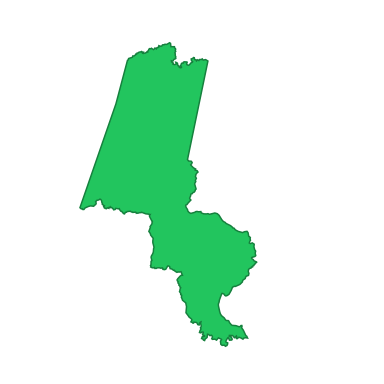 outline of Ricaurte, Nariño, Colombia, rotated 122°
{"feature_id": "7082276B47092068992796", "entity_name": "Ricaurte", "entity_type": "district", "adm_level": 2, "iso_a3": "COL", "parent_name": "Colombia", "parent_adm1": "Nariño", "projection": "albers", "projection_center": [-77.964, 1.247], "detail": "fine", "context": "isolated", "style": "filled", "palette": "green", "viewbox_px": 384, "rotation_deg": 122, "n_neighbors": 0, "source": "geoboundaries", "source_scale": "gbopen_adm2", "svg_char_len": 6011}
<svg xmlns="http://www.w3.org/2000/svg" viewBox="0 0 384 384"><g transform="rotate(122 192 192)"><path d="M264.7,278.7L265.0,276.9L264.3,276.2L264.7,275.3L264.1,274.4L262.1,274.2L258.9,272.0L257.5,270.6L256.2,267.8L254.9,267.7L253.9,267.1L252.8,267.1L252.1,267.5L251.3,268.6L250.8,268.6L250.3,268.3L249.5,268.3L248.2,266.9L246.8,266.3L246.7,265.4L247.3,264.1L248.8,262.7L249.0,262.1L249.9,261.7L250.0,260.4L250.5,259.8L250.2,259.1L251.2,259.1L251.3,258.2L251.8,258.1L251.7,257.6L252.0,257.1L251.5,255.7L250.3,255.4L249.9,253.8L249.1,254.2L248.8,253.7L247.9,253.5L248.4,252.8L247.8,252.2L248.0,250.3L248.6,248.9L247.5,247.9L246.3,248.0L245.3,245.6L244.6,244.8L245.2,244.3L246.0,242.2L245.7,241.4L246.6,238.6L246.3,237.6L244.6,237.7L243.8,236.8L243.0,236.7L240.9,234.0L241.1,232.9L240.6,232.0L240.7,231.4L239.0,229.2L239.0,228.6L239.5,228.0L239.0,227.7L238.8,226.8L237.0,225.2L236.6,224.3L235.9,224.0L235.0,219.6L233.6,216.7L233.9,216.2L233.4,215.6L234.3,215.6L235.2,215.1L237.5,211.3L237.9,210.1L238.6,210.1L239.2,209.4L240.6,209.1L243.6,209.2L244.3,208.5L248.3,207.7L249.4,205.2L250.4,204.3L251.9,200.3L254.1,199.4L255.8,198.3L259.0,194.9L260.3,194.6L263.4,193.0L265.2,192.6L268.1,192.5L269.2,192.0L271.4,189.7L272.4,190.0L275.3,188.3L276.4,188.2L276.6,187.5L277.5,187.3L277.5,186.4L277.0,184.8L275.9,183.8L276.5,183.0L275.6,181.7L275.0,181.5L274.4,180.8L273.6,179.6L273.2,178.2L272.1,176.9L272.2,176.3L272.7,176.2L273.0,175.6L272.3,174.0L271.3,173.3L267.7,173.4L267.2,173.0L267.1,171.5L268.6,169.9L268.0,168.5L268.2,166.1L267.7,165.5L268.2,164.4L268.1,162.2L267.3,161.6L266.6,160.3L265.4,159.1L267.7,156.0L268.2,156.9L269.6,157.5L273.1,158.1L274.4,158.1L275.1,157.4L275.4,156.2L276.5,155.8L277.1,154.1L278.0,153.7L278.2,152.5L279.1,151.6L279.2,150.8L280.7,150.7L281.8,150.1L283.1,149.8L284.0,147.7L285.0,147.2L285.1,146.0L287.1,145.1L287.6,144.1L288.8,142.7L289.3,138.6L292.1,135.9L297.6,133.1L299.1,129.2L299.5,128.7L300.0,125.2L300.5,124.3L302.7,124.1L302.5,122.8L302.7,121.6L302.3,121.2L301.3,121.4L300.3,119.2L300.5,118.1L301.4,116.9L301.0,115.5L299.0,116.2L297.8,115.9L297.4,115.6L298.7,115.2L300.8,113.1L301.8,112.8L302.7,112.9L303.4,111.8L305.4,111.7L307.2,111.2L306.8,109.8L305.6,109.5L304.9,108.3L305.2,107.9L307.3,107.5L307.6,106.7L307.2,105.4L307.5,104.9L308.0,105.0L309.3,106.6L311.2,106.2L310.9,105.0L311.5,103.8L311.3,102.6L309.6,102.9L307.4,102.1L304.4,103.5L304.1,102.5L304.3,100.6L303.2,99.8L303.2,99.1L304.1,97.8L306.0,97.5L306.1,96.5L304.7,94.7L304.6,92.7L301.7,92.3L301.3,89.0L301.5,88.7L303.5,88.8L305.9,86.8L306.1,85.2L304.8,83.5L305.1,81.9L303.6,81.0L302.1,81.2L301.0,81.8L301.3,83.3L301.0,84.0L299.8,84.4L296.5,84.4L296.3,84.2L296.4,83.8L297.8,81.7L296.5,79.9L295.8,79.8L295.0,80.5L294.2,82.0L294.5,84.0L293.8,84.3L292.2,81.5L293.1,78.9L290.5,78.0L290.9,77.5L292.5,77.1L292.6,76.1L290.3,75.2L289.9,73.4L289.8,70.8L288.4,70.6L287.2,69.4L286.4,67.5L285.3,69.1L285.2,70.3L281.9,75.4L281.1,77.4L280.6,78.1L279.4,78.4L278.8,79.0L279.3,79.7L280.5,79.9L281.3,80.6L282.1,84.0L283.8,87.3L283.8,88.2L282.9,91.0L281.9,92.4L281.9,93.3L282.7,94.6L282.7,95.8L281.7,97.9L281.2,101.5L280.3,103.3L279.0,104.9L274.6,109.2L273.0,110.3L271.0,110.7L269.1,111.5L262.5,112.9L262.0,112.8L261.6,110.8L262.3,109.4L262.2,108.2L261.0,107.2L259.1,106.4L254.7,106.6L251.4,107.2L249.7,106.3L249.0,105.1L245.0,102.4L241.6,101.6L240.3,102.1L239.5,102.0L237.2,101.0L235.8,101.4L234.7,101.4L232.8,99.9L230.8,100.6L229.8,102.0L227.7,103.0L226.3,102.6L225.1,101.6L224.0,101.8L223.5,100.9L222.3,101.2L221.6,100.6L220.9,100.8L219.6,100.4L219.0,100.6L217.4,99.9L217.1,100.2L217.5,103.0L216.9,104.1L216.9,105.6L216.4,106.5L215.7,106.5L213.4,104.5L212.2,104.2L210.4,106.0L208.4,106.7L207.7,108.3L205.7,110.4L203.3,111.6L203.2,113.9L204.9,115.2L204.9,116.4L203.2,116.9L202.0,116.8L200.8,118.0L199.8,118.3L199.5,119.1L199.5,120.4L196.8,122.9L196.2,124.5L197.9,126.5L199.6,127.6L200.9,132.0L201.1,134.9L201.0,135.8L200.4,136.8L200.8,138.3L200.5,138.7L200.1,141.4L200.6,146.4L200.2,147.9L200.4,149.7L199.7,152.1L197.4,156.7L197.0,159.1L197.7,161.5L201.7,165.4L201.9,167.0L203.0,168.2L204.3,170.5L204.8,173.1L203.9,174.1L205.4,176.1L205.7,177.2L206.4,178.2L208.0,179.1L210.8,181.7L210.9,183.6L210.4,185.4L209.2,186.6L208.3,188.6L207.1,190.1L206.4,190.3L205.3,189.6L203.5,189.5L199.4,188.7L198.9,190.4L198.4,190.8L196.0,191.1L194.6,191.8L193.9,191.6L193.5,191.0L191.8,190.8L190.8,190.0L189.2,190.0L188.5,190.4L187.3,190.1L183.9,193.9L182.9,194.3L181.2,194.3L180.4,195.3L178.0,195.6L177.3,197.2L176.3,197.4L175.4,198.0L173.2,197.9L171.9,197.5L171.2,199.0L171.8,200.9L171.7,201.1L170.6,201.1L170.7,203.7L169.8,207.4L169.6,207.6L168.4,207.2L166.9,207.5L166.3,208.9L167.5,211.3L166.9,213.0L72.5,247.9L72.5,250.6L74.2,252.4L73.7,253.9L74.8,254.3L75.5,255.7L76.9,255.8L76.8,257.2L78.4,257.7L77.7,258.4L78.3,259.9L76.9,261.2L77.1,261.9L78.5,262.3L79.6,263.2L80.9,262.1L81.2,260.5L81.9,260.5L83.1,261.3L85.5,261.6L86.5,262.3L86.7,263.9L85.7,264.7L84.8,264.7L84.4,265.2L85.8,267.7L86.7,268.1L87.5,267.8L88.0,268.8L89.1,269.0L90.2,268.6L91.3,268.7L91.5,267.2L92.0,266.9L92.9,267.8L92.9,269.0L92.1,270.2L92.3,270.9L90.5,272.6L90.4,273.7L90.6,274.5L91.5,273.5L92.2,273.3L93.2,274.3L93.7,275.7L93.5,276.0L92.6,276.2L92.5,278.3L91.6,279.0L91.3,278.0L90.8,277.5L89.3,277.7L87.7,276.6L87.1,276.6L87.0,277.1L85.9,277.4L85.0,278.7L83.8,279.3L82.9,280.4L81.4,280.3L80.6,281.4L79.6,281.5L79.1,282.1L79.0,283.2L78.1,283.9L79.9,286.9L77.3,289.0L77.3,290.1L80.2,291.6L81.1,293.3L81.7,293.5L82.9,295.0L84.3,295.0L85.1,296.0L85.2,296.8L85.9,296.8L85.7,297.6L87.3,297.2L88.2,298.2L89.5,298.0L89.5,299.7L90.9,299.8L91.7,300.2L91.6,302.6L92.4,302.9L92.9,304.0L93.7,304.2L95.4,303.9L96.5,304.4L96.9,303.8L97.7,304.7L98.7,305.0L99.4,305.9L100.2,306.5L100.4,307.0L99.4,307.3L100.3,307.9L100.2,308.3L99.5,308.7L99.5,309.2L100.8,310.1L101.4,311.0L102.7,311.4L103.2,312.2L104.5,312.0L104.7,312.7L105.7,312.6L107.3,313.2L108.0,314.3L109.3,313.9L112.4,316.5L113.8,316.1L114.5,316.5L157.6,303.2L264.7,278.7Z" fill="#22c55e" stroke="#15803d" stroke-width="1.5"/></g></svg>